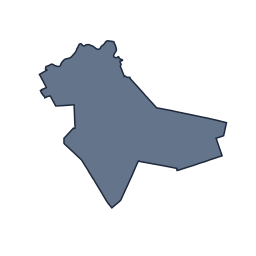 Foeni, Timis, Romania, rotated 192°
{"feature_id": "2599482B56844423144211", "entity_name": "Foeni", "entity_type": "district", "adm_level": 2, "iso_a3": "ROU", "parent_name": "Romania", "parent_adm1": "Timis", "projection": "albers", "projection_center": [20.878, 45.496], "detail": "fine", "context": "isolated", "style": "filled", "palette": "slate", "viewbox_px": 256, "rotation_deg": 192, "n_neighbors": 0, "source": "geoboundaries", "source_scale": "gbopen_adm2", "svg_char_len": 5157}
<svg xmlns="http://www.w3.org/2000/svg" viewBox="0 0 256 256"><g transform="rotate(192 128 128)"><path d="M207.6,174.3L208.1,174.0L209.1,173.7L209.6,173.7L210.2,173.6L211.8,173.8L212.7,173.9L213.4,174.1L213.7,174.3L214.3,174.4L214.6,174.5L215.2,174.6L215.6,174.7L215.8,174.6L216.0,174.5L216.4,174.4L216.8,174.1L217.4,173.6L217.8,173.1L218.2,172.8L218.8,172.4L219.1,172.2L219.7,171.8L220.2,171.5L220.5,171.3L220.8,171.2L221.0,171.1L221.0,170.8L221.0,170.5L221.0,170.3L221.0,170.1L220.9,169.8L221.0,169.5L221.1,169.2L221.1,168.8L221.0,168.6L220.6,168.0L220.3,167.6L218.9,168.4L219.4,168.0L219.3,167.8L223.0,164.5L225.8,162.0L220.0,155.2L219.9,155.0L217.0,151.5L216.3,150.5L220.6,147.5L220.3,147.0L221.4,146.3L219.7,144.0L219.1,143.8L218.8,143.6L218.7,143.5L218.6,143.1L218.4,142.9L218.1,142.7L217.9,142.4L217.5,142.1L217.2,141.9L216.9,141.8L216.6,141.6L216.3,141.5L216.0,141.1L215.6,140.2L212.9,142.3L210.6,143.1L205.5,137.1L203.3,134.5L196.2,136.4L191.0,137.9L186.9,139.1L185.6,139.5L185.2,138.2L183.5,131.4L181.9,125.0L180.9,121.3L180.2,118.7L179.8,116.9L179.9,116.6L180.0,116.4L180.3,116.3L180.8,116.3L181.4,116.5L186.9,107.2L188.5,104.6L188.0,102.3L187.5,99.9L187.3,99.6L186.9,99.3L186.5,99.0L185.0,98.1L181.7,96.1L177.7,93.7L177.3,93.5L173.2,91.0L171.1,89.7L168.6,88.2L167.0,87.2L166.2,86.5L164.9,85.1L163.1,83.2L162.2,82.3L159.8,79.9L157.6,77.6L157.4,77.3L157.4,77.1L156.7,76.5L155.1,74.8L152.6,72.1L151.8,71.3L151.5,71.3L151.0,70.7L149.6,69.1L146.6,65.9L143.9,63.0L139.4,58.2L136.4,54.9L134.5,52.8L133.7,52.1L133.1,51.5L132.3,50.6L130.7,49.3L129.5,48.4L128.1,47.2L127.2,46.5L126.8,47.0L125.6,48.6L124.2,50.4L122.2,52.9L121.2,54.2L120.9,54.7L120.7,55.0L120.4,55.4L120.1,55.9L119.9,56.8L119.5,58.5L118.8,61.9L118.1,64.8L117.5,67.7L116.5,72.0L115.7,75.7L115.1,78.6L114.6,80.5L114.0,83.3L113.3,87.1L112.3,92.0L111.2,97.4L111.2,97.6L110.8,97.8L110.8,97.7L106.1,97.8L100.2,98.0L95.8,98.1L90.0,98.3L86.0,98.4L81.3,98.5L76.2,98.6L71.9,98.6L71.3,96.7L71.2,96.6L68.8,97.8L65.8,99.6L62.8,101.3L61.4,102.1L58.7,103.6L56.1,105.1L53.2,106.8L50.5,108.5L47.0,110.4L46.7,110.5L44.1,112.1L41.5,113.8L38.7,115.4L35.9,117.0L33.1,118.7L30.5,120.1L30.2,120.3L30.2,120.5L31.6,122.8L33.1,125.2L34.5,127.6L36.0,130.1L37.3,132.3L39.6,136.2L39.7,136.3L37.6,137.5L35.4,138.8L32.9,140.3L32.8,143.8L32.8,147.0L32.8,150.3L32.8,153.7L36.0,153.8L38.7,153.9L41.4,154.0L45.0,154.1L47.7,154.1L51.5,154.2L54.3,154.2L57.6,154.1L60.9,154.1L64.4,154.1L67.8,154.1L70.6,154.1L73.4,154.1L76.6,154.0L78.8,154.1L79.6,154.0L82.5,154.0L85.5,154.0L88.5,154.1L91.8,154.0L95.6,153.9L98.1,153.9L101.4,153.8L104.2,153.7L107.0,155.7L109.5,157.5L112.8,159.8L115.1,161.5L117.9,163.5L119.7,164.9L120.0,165.1L122.7,167.1L123.3,167.5L125.6,169.2L128.2,171.1L130.9,173.0L133.8,175.1L135.2,176.1L136.1,177.0L136.3,176.9L136.8,178.0L137.1,177.9L138.7,177.4L140.0,177.6L141.6,178.2L142.2,178.2L142.3,178.2L142.5,177.9L142.6,178.2L143.8,180.0L144.6,181.1L145.6,182.6L146.3,183.8L147.7,185.7L148.0,186.2L148.3,186.7L148.4,186.9L148.0,188.3L148.0,188.9L148.4,189.5L148.9,190.0L149.5,190.9L149.6,191.1L149.7,191.5L149.6,191.8L149.5,192.0L149.3,192.0L149.1,192.1L148.7,192.1L148.4,192.2L148.2,192.3L147.9,192.5L147.5,193.2L147.5,193.4L147.7,193.5L148.4,193.7L149.5,193.8L150.4,194.1L150.9,194.3L151.3,194.9L152.1,195.8L152.4,195.7L153.3,194.6L154.3,194.4L154.9,194.3L155.4,194.2L156.0,194.5L156.6,194.8L157.1,195.4L157.1,196.5L156.8,197.5L156.5,198.5L156.2,199.3L155.9,200.1L155.6,200.9L155.6,201.8L155.7,202.7L156.5,204.2L157.0,205.4L157.3,205.8L158.4,207.4L158.5,207.4L158.9,207.9L159.3,208.5L159.6,209.1L159.7,209.3L159.9,209.3L160.8,209.4L161.4,209.5L162.1,209.4L163.1,209.3L163.8,209.2L164.5,209.2L165.2,209.2L165.8,209.1L166.4,208.9L166.9,208.6L167.2,208.4L167.4,208.2L167.7,207.7L167.9,207.3L168.1,206.9L168.3,206.2L168.6,205.6L168.9,205.0L169.2,204.5L169.7,203.9L170.0,203.6L170.5,203.1L170.8,202.6L171.2,202.1L171.4,201.6L171.5,201.1L171.6,200.8L171.8,200.3L172.0,199.8L172.4,199.4L172.5,199.2L173.0,199.0L173.5,198.8L174.1,198.8L174.8,198.8L175.4,198.9L175.9,199.1L176.3,199.3L177.5,199.9L178.3,200.3L179.3,200.7L179.9,200.8L180.7,201.0L181.2,201.0L181.5,201.0L182.0,201.2L182.5,201.3L183.2,201.4L183.7,201.4L184.4,201.3L185.0,201.1L185.5,201.0L186.0,200.8L186.2,200.7L186.8,200.3L186.9,200.0L187.1,199.7L187.4,199.4L187.7,199.3L188.0,199.1L188.3,199.1L188.7,199.1L189.4,199.3L189.7,199.5L190.0,199.7L190.5,200.1L191.0,200.4L191.1,200.5L191.6,200.6L191.9,200.5L192.1,200.5L192.3,200.4L192.5,200.2L192.8,200.0L193.0,199.7L193.2,199.4L193.3,199.3L193.4,199.0L193.4,198.6L193.5,198.4L193.6,197.8L193.7,197.2L193.8,196.9L193.9,196.6L194.1,195.9L194.4,195.2L194.4,194.9L194.5,194.5L194.6,193.6L194.7,192.9L195.0,191.9L195.1,191.4L195.4,190.8L195.8,190.0L195.9,189.8L196.5,188.8L197.0,187.9L197.5,187.0L197.7,186.6L197.9,186.2L198.5,185.5L198.9,185.0L199.6,184.4L200.3,184.0L201.3,183.5L202.2,183.1L203.0,182.7L203.6,182.4L203.9,182.2L204.2,181.9L205.1,180.8L205.4,180.2L205.8,179.5L206.1,179.0L206.2,178.7L206.4,178.3L206.7,177.5L207.0,176.6L207.0,176.2L207.1,175.9L207.0,175.7L207.0,175.4L207.1,175.1L207.2,174.8L207.3,174.6L207.5,174.4L207.6,174.3Z" fill="#64748b" stroke="#1e293b" stroke-width="1.5"/></g></svg>